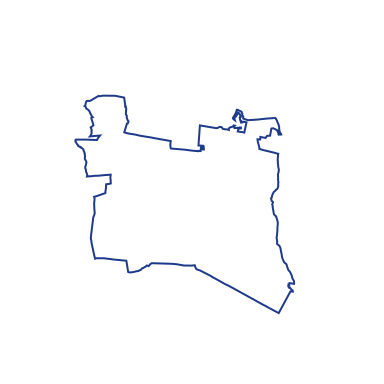 outline of Goiesti, Dolj, Romania, rotated 208°
{"feature_id": "2599482B37441386281384", "entity_name": "Goiesti", "entity_type": "district", "adm_level": 2, "iso_a3": "ROU", "parent_name": "Romania", "parent_adm1": "Dolj", "projection": "orthographic", "projection_center": [23.769, 44.483], "detail": "fine", "context": "isolated", "style": "outline", "palette": "blue", "viewbox_px": 384, "rotation_deg": 208, "n_neighbors": 0, "source": "geoboundaries", "source_scale": "gbopen_adm2", "svg_char_len": 6005}
<svg xmlns="http://www.w3.org/2000/svg" viewBox="0 0 384 384"><g transform="rotate(208 192 192)"><path d="M324.8,224.6L325.4,224.1L326.8,223.5L327.4,223.2L327.7,222.9L327.8,222.2L327.6,220.6L326.9,218.7L326.9,217.9L327.1,217.5L326.2,217.5L324.6,216.1L322.2,215.8L321.1,215.5L319.6,214.5L318.8,213.7L316.2,212.0L315.6,211.5L314.9,211.4L315.7,210.5L315.6,209.9L311.7,206.1L310.4,204.7L310.9,203.2L311.8,201.5L309.9,199.9L309.7,199.7L309.8,199.6L309.4,198.7L308.3,196.9L308.1,196.3L308.0,195.5L308.1,193.7L308.2,193.2L299.7,198.7L300.2,196.2L300.3,194.6L300.3,193.3L310.8,188.2L318.9,183.9L319.2,183.6L319.3,183.3L318.5,181.7L318.4,181.6L317.9,181.6L317.5,181.4L316.7,180.7L315.1,179.9L314.4,179.8L314.2,179.3L312.0,179.1L312.1,179.4L311.7,179.5L308.2,178.7L307.8,178.4L306.9,177.4L306.3,177.1L305.5,176.2L304.8,175.8L304.8,175.3L304.3,174.8L303.9,174.2L303.3,173.6L303.1,173.1L302.8,172.0L302.3,171.2L302.0,170.8L299.9,169.5L298.9,168.2L298.8,167.4L298.2,165.3L298.1,164.1L297.9,163.7L297.5,163.2L297.4,162.8L296.3,162.0L296.1,161.7L295.9,161.5L295.5,160.7L294.9,160.0L294.0,159.3L292.9,158.4L292.1,156.9L292.0,156.4L290.8,157.3L290.7,157.2L288.3,158.7L285.5,160.6L282.0,162.6L277.7,165.5L273.1,168.4L272.0,169.2L271.9,169.1L271.2,167.3L270.7,166.1L269.5,164.5L268.8,163.2L267.7,161.4L268.2,160.9L271.4,158.5L270.4,156.2L269.8,155.1L269.0,152.7L268.0,150.3L271.3,146.8L273.0,144.9L276.2,141.7L275.2,140.8L274.8,140.1L273.9,138.1L273.1,136.1L270.7,131.9L268.0,127.7L267.6,126.4L267.6,125.6L267.4,124.9L267.2,123.0L265.3,118.2L263.1,112.3L262.6,111.1L260.8,106.4L259.6,103.6L259.3,103.1L258.2,102.0L257.6,101.0L255.9,98.8L254.5,97.2L248.2,89.7L246.2,87.6L245.0,88.9L243.4,89.6L238.8,92.1L229.0,95.8L217.7,100.5L210.8,91.4L209.3,91.7L208.3,92.3L206.3,93.7L203.4,96.3L202.4,96.9L201.4,98.4L200.9,98.9L200.6,99.4L200.4,100.0L200.4,100.7L200.1,101.3L199.4,102.0L198.4,103.8L197.9,104.2L197.7,104.9L197.6,105.6L197.4,105.9L197.1,106.0L195.6,106.1L194.8,109.1L194.2,110.2L177.6,118.4L174.1,120.0L171.1,121.2L164.6,123.3L157.5,127.0L155.2,128.6L153.2,126.7L151.7,126.0L150.6,126.0L148.0,126.5L135.3,126.7L134.9,126.5L131.6,126.5L119.1,126.2L116.6,126.4L111.0,126.4L75.9,125.8L73.1,126.0L72.2,125.8L58.6,125.8L58.4,150.5L56.2,151.4L56.8,152.2L58.2,152.5L59.8,153.1L59.9,153.3L59.7,153.4L60.3,153.4L61.1,153.0L62.2,153.6L62.8,154.0L63.0,154.3L62.9,154.7L62.4,155.0L62.8,155.2L63.2,155.6L62.9,155.7L62.8,156.0L63.2,157.3L58.8,158.8L59.3,159.9L59.9,160.8L60.3,161.3L62.8,162.9L63.3,163.4L64.4,164.7L65.3,165.5L67.4,167.1L68.4,167.7L70.1,168.3L70.6,168.6L73.0,170.8L74.5,172.4L75.1,172.7L77.5,173.1L80.5,175.4L82.0,176.9L83.9,179.5L85.4,181.1L86.6,182.8L87.8,184.1L88.4,184.7L89.4,185.4L90.8,185.8L91.6,185.9L92.5,186.1L92.8,186.5L93.0,187.1L93.5,188.2L94.8,190.1L95.4,190.6L95.9,191.5L96.7,193.9L98.3,197.5L98.5,198.2L99.4,199.7L101.2,203.9L102.3,205.9L104.7,208.4L105.4,208.9L105.7,209.2L106.0,209.8L106.3,210.0L107.7,210.2L108.3,210.5L109.0,210.7L109.3,210.9L113.5,216.3L114.6,218.0L115.4,218.8L115.6,220.7L115.7,221.0L116.0,221.2L117.6,221.7L117.8,221.9L119.2,223.4L119.0,223.6L119.0,224.6L119.1,225.0L119.3,225.4L119.5,226.5L119.7,227.1L119.8,228.6L119.8,230.3L119.1,232.1L118.9,233.2L118.7,233.5L118.2,234.6L118.2,235.6L118.6,237.6L120.2,240.6L120.2,241.1L121.8,243.1L121.8,243.4L122.2,244.2L124.3,247.8L124.7,249.1L124.8,249.7L125.6,252.2L127.9,255.0L128.5,256.1L129.5,257.4L130.7,259.5L131.3,260.4L132.3,262.4L132.8,263.9L133.6,265.4L133.8,266.2L136.3,265.6L137.1,265.5L148.7,262.5L152.6,261.7L152.6,261.9L154.5,264.0L156.4,266.2L157.4,267.1L158.9,269.3L156.5,270.3L157.0,271.9L157.5,272.7L152.4,274.3L152.1,276.7L149.5,278.4L151.7,285.3L151.3,285.7L150.8,286.0L149.7,286.5L145.4,286.5L145.1,285.9L144.4,286.2L143.9,284.9L143.8,284.7L143.1,284.6L142.9,284.3L142.6,283.4L142.4,283.3L141.7,283.8L140.2,284.6L140.4,284.9L142.6,286.1L143.6,287.2L144.3,288.3L145.0,289.0L145.5,290.3L146.5,291.3L147.1,292.1L150.2,294.5L150.9,295.2L151.9,295.7L152.6,296.3L153.2,296.4L153.6,296.2L160.2,292.1L169.1,286.1L175.5,282.2L176.2,281.7L176.7,281.6L181.3,280.9L182.1,282.6L182.6,282.8L183.4,283.3L184.0,284.1L184.3,284.7L184.7,285.1L185.3,285.3L185.6,285.7L185.8,286.0L186.0,286.1L187.2,286.1L189.3,285.9L190.0,286.1L191.0,285.6L190.6,283.5L190.5,282.5L190.4,281.5L190.5,278.7L190.6,277.9L190.6,276.4L190.5,276.2L189.2,275.7L187.9,275.5L188.4,276.0L188.9,276.8L189.2,277.2L189.3,277.9L190.0,278.8L189.7,279.0L189.3,279.1L189.0,278.9L188.7,279.1L188.4,282.7L188.4,283.0L188.6,283.4L188.7,283.6L187.6,283.7L186.3,283.0L185.6,282.6L184.3,281.4L184.1,281.1L184.3,280.7L184.9,280.4L184.9,280.2L183.4,278.3L182.1,277.1L181.8,277.4L181.7,277.2L181.6,277.5L181.2,277.1L180.5,276.7L179.7,277.6L179.7,277.8L179.8,278.0L179.7,278.1L178.8,278.6L178.2,278.6L176.6,279.1L173.7,269.0L175.8,268.5L176.6,268.1L180.0,266.9L180.7,269.7L178.7,271.1L179.1,271.9L180.2,271.4L180.3,271.0L181.6,270.3L182.3,269.7L184.5,268.4L184.8,268.5L185.0,268.8L185.3,269.8L185.7,270.4L185.6,270.6L186.4,270.4L186.7,269.0L187.4,268.1L188.0,267.5L188.4,267.3L188.7,266.9L189.1,266.1L189.2,265.6L189.2,265.1L188.6,264.1L190.2,263.8L192.1,263.0L194.3,262.2L196.2,263.1L196.9,263.0L197.8,262.6L198.4,262.2L198.9,261.4L199.1,261.1L199.5,260.4L201.3,259.5L216.3,254.5L208.1,236.1L204.0,238.0L203.9,237.7L204.9,237.2L204.8,236.8L203.0,237.6L202.7,237.0L205.0,235.9L204.8,235.3L203.8,235.7L203.5,235.1L204.6,234.6L204.4,234.1L201.6,235.3L201.5,235.0L204.3,233.8L203.6,232.2L205.9,231.2L205.8,230.9L211.0,228.7L218.7,225.8L231.0,220.5L231.9,221.3L233.0,223.0L233.9,224.9L234.7,227.0L249.2,222.3L253.5,221.0L263.7,217.5L269.5,215.9L274.1,214.3L277.8,213.2L279.8,212.9L281.6,221.9L280.9,222.3L281.1,224.3L281.4,224.7L282.2,224.9L284.2,226.7L284.6,227.0L284.8,227.6L285.3,228.6L285.6,228.9L286.5,229.4L286.9,229.7L287.2,230.2L288.3,232.6L288.8,234.0L289.2,234.7L289.9,235.5L289.9,235.4L291.1,235.9L291.2,236.4L292.1,237.8L296.2,243.5L305.0,240.9L315.2,235.6L316.2,235.0L318.7,233.1L319.2,232.9L319.6,233.0L324.8,224.6Z" fill="none" stroke="#1e3a8a" stroke-width="2"/></g></svg>